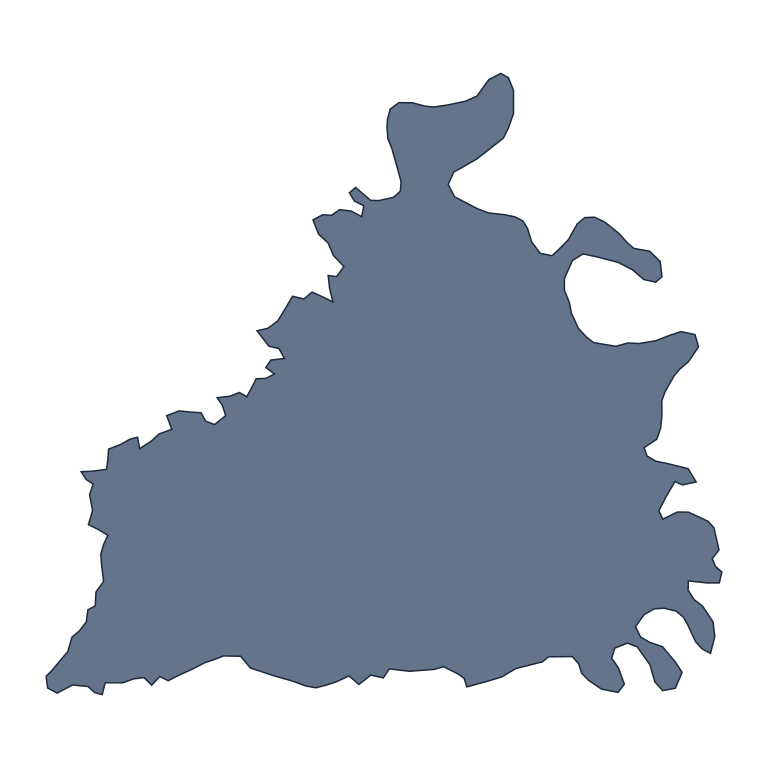 Verê, Paraná, Brazil (Albers equal-area conic projection)
{"feature_id": "56859067B42853932915842", "entity_name": "Verê", "entity_type": "district", "adm_level": 2, "iso_a3": "BRA", "parent_name": "Brazil", "parent_adm1": "Paraná", "projection": "albers", "projection_center": [-52.953, -25.848], "detail": "fine", "context": "isolated", "style": "filled", "palette": "slate", "viewbox_px": 768, "rotation_deg": 0, "n_neighbors": 0, "source": "geoboundaries", "source_scale": "gbopen_adm2", "svg_char_len": 3259}
<svg xmlns="http://www.w3.org/2000/svg" viewBox="0 0 768 768"><path d="M81.2,471.7L86.2,479.6L93.1,484.0L89.6,494.7L92.6,510.5L88.4,524.6L98.6,529.7L107.9,535.4L103.7,544.2L100.8,554.1L101.6,565.3L103.6,581.5L96.0,592.0L95.2,605.9L87.9,609.8L86.3,621.9L79.2,631.1L72.0,637.1L67.8,651.6L58.9,662.1L52.2,670.2L46.1,676.3L47.6,688.0L57.2,693.1L72.5,685.0L88.0,686.5L94.5,692.5L102.2,694.6L105.2,682.8L122.8,682.8L133.6,678.9L144.0,677.6L151.7,685.2L159.8,676.5L168.2,680.7L176.3,676.5L192.6,669.0L205.5,662.4L213.1,660.0L223.7,655.9L240.7,656.3L250.4,668.0L274.2,675.9L291.9,680.9L305.9,686.0L316.0,687.8L327.0,684.9L336.4,681.8L349.0,675.9L358.9,684.5L370.8,675.1L383.3,677.9L389.4,668.9L409.5,671.3L434.3,669.4L443.5,666.7L457.6,673.7L464.2,678.4L466.8,686.9L484.6,682.1L501.6,677.0L516.0,668.5L542.3,661.9L548.7,656.8L572.3,656.6L578.6,663.8L581.7,673.2L588.5,680.3L601.5,689.1L618.0,692.4L624.4,684.2L618.5,668.0L611.7,658.1L614.7,648.2L627.4,643.1L637.2,646.9L649.9,664.7L654.8,681.8L662.6,690.6L675.3,688.3L682.1,672.3L675.3,662.0L662.6,646.8L649.4,642.2L640.6,637.0L635.5,626.6L644.0,614.8L654.2,608.8L664.3,608.2L676.2,611.2L683.4,617.2L687.5,624.4L695.6,641.7L702.0,648.8L710.5,653.4L714.8,636.5L713.0,621.8L702.4,605.9L694.3,599.8L688.1,590.2L688.4,580.9L706.6,582.9L719.3,582.9L721.9,572.1L715.5,566.4L712.2,558.7L719.0,549.9L713.9,527.7L707.9,521.2L688.6,512.2L677.5,512.0L662.7,519.2L658.9,510.7L665.5,497.9L674.9,481.6L682.5,484.9L696.2,482.0L688.1,468.7L667.7,463.6L655.8,461.2L647.0,456.0L644.1,447.6L656.8,439.2L660.6,428.3L661.9,416.0L661.8,401.0L664.9,392.0L669.9,383.2L674.2,375.7L679.8,369.1L688.6,361.5L698.5,346.9L695.0,334.6L681.0,331.6L670.4,335.1L655.5,340.8L639.0,343.5L627.6,343.0L616.0,346.3L593.6,342.6L586.8,337.4L578.4,328.4L571.3,312.8L569.5,302.9L564.4,290.2L564.4,278.5L572.5,260.5L583.0,253.9L596.6,256.8L618.2,262.4L632.6,269.9L643.7,279.5L655.6,282.2L662.0,276.7L660.2,261.5L649.6,251.2L633.9,248.4L627.7,243.1L618.7,233.2L604.7,222.0L594.5,217.2L584.7,217.6L577.3,223.8L568.3,239.8L558.9,249.3L552.1,255.7L540.2,253.3L531.8,242.1L527.5,228.4L522.9,221.0L514.8,216.8L505.0,214.8L488.5,212.9L477.4,208.7L454.5,196.8L448.2,184.3L453.8,172.0L462.6,167.2L477.1,158.8L503.4,138.1L508.5,127.8L513.5,113.5L513.5,90.3L508.4,77.7L500.8,73.4L488.9,79.5L477.0,96.0L465.6,101.2L447.4,105.0L433.8,107.0L424.9,106.1L412.5,102.8L398.9,102.6L390.2,109.2L387.5,119.1L387.0,127.8L387.9,138.6L391.8,148.3L397.0,166.7L401.1,181.9L400.3,191.3L393.5,197.3L378.6,200.6L370.5,200.3L355.6,187.4L349.4,192.8L354.5,201.2L363.9,205.8L361.6,216.6L351.2,211.1L339.6,209.6L331.5,215.3L322.6,214.8L313.0,219.9L318.5,234.1L328.2,243.1L333.3,255.4L343.9,266.5L336.6,276.6L328.2,275.5L329.5,287.8L332.9,302.0L323.4,297.2L312.0,292.1L303.9,299.0L292.5,296.3L284.4,310.1L277.8,320.9L267.6,328.4L257.0,330.8L268.9,346.2L279.0,348.6L284.5,358.5L270.9,360.0L265.8,367.5L274.4,374.0L265.8,378.4L256.2,378.7L251.4,388.1L246.8,396.7L239.5,392.5L229.8,396.2L217.2,397.7L222.2,405.2L225.7,415.6L214.6,424.5L205.7,421.2L201.1,412.7L191.8,412.2L179.1,410.9L166.7,415.7L171.8,429.3L159.1,433.9L151.4,441.0L139.7,448.6L137.5,437.2L129.9,439.2L120.7,444.4L108.6,449.1L107.8,460.3L106.5,469.3L92.6,471.2L81.2,471.7Z" fill="#64748b" stroke="#1e293b" stroke-width="1.5"/></svg>